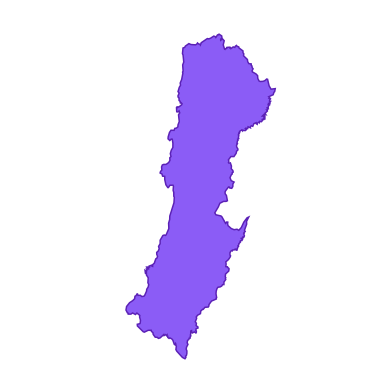 Miandrivazo, Menabe, Madagascar (Natural Earth projection), rotated 24°
{"feature_id": "10022922B2580716977723", "entity_name": "Miandrivazo", "entity_type": "district", "adm_level": 2, "iso_a3": "MDG", "parent_name": "Madagascar", "parent_adm1": "Menabe", "projection": "natural_earth1", "projection_center": [45.43, -19.207], "detail": "fine", "context": "isolated", "style": "filled", "palette": "violet", "viewbox_px": 384, "rotation_deg": 24, "n_neighbors": 0, "source": "geoboundaries", "source_scale": "gbopen_adm2", "svg_char_len": 6044}
<svg xmlns="http://www.w3.org/2000/svg" viewBox="0 0 384 384"><g transform="rotate(24 192 192)"><path d="M254.3,227.6L254.6,226.7L255.8,226.2L256.0,227.1L256.7,226.9L256.3,223.8L256.6,222.7L255.9,222.4L256.2,221.1L255.8,220.3L256.6,218.1L256.0,217.5L256.2,216.7L257.3,216.1L257.4,215.0L256.1,214.4L257.1,213.9L256.6,213.4L256.6,212.6L257.0,212.3L257.3,212.8L257.8,212.0L257.7,210.7L256.2,209.1L256.5,208.4L256.0,207.8L256.7,206.5L255.5,205.6L255.0,199.1L253.8,196.7L254.0,191.8L252.8,193.2L251.6,198.4L251.5,204.4L250.3,208.0L248.3,207.7L245.8,209.3L242.7,209.4L238.6,208.1L237.4,206.5L237.0,205.0L236.0,205.2L235.4,207.0L229.4,202.5L228.2,202.1L223.1,203.1L221.3,201.8L222.1,194.8L222.0,191.0L224.6,187.8L227.1,186.6L227.9,185.6L224.8,181.1L223.1,180.2L222.2,178.6L222.2,177.3L223.3,172.6L223.8,172.3L224.9,173.0L226.8,172.5L227.1,170.5L226.1,168.0L226.4,165.8L223.2,165.7L220.9,163.5L220.9,160.2L221.4,159.3L220.9,157.9L221.5,157.3L221.3,156.7L220.5,155.7L218.4,154.8L217.5,152.3L215.2,149.8L214.1,150.6L213.4,150.4L213.1,148.7L212.2,147.9L213.1,143.8L215.9,142.6L216.6,138.7L216.1,136.6L216.8,135.1L216.5,134.1L214.5,132.7L213.7,131.2L213.8,129.5L213.4,129.6L212.7,126.8L213.0,125.9L212.2,125.2L213.0,124.2L212.2,123.4L211.8,121.4L211.2,121.1L211.3,119.8L211.0,120.0L210.8,118.7L211.3,117.9L210.8,117.3L212.3,115.0L213.4,115.6L213.4,114.9L215.6,114.3L216.2,112.9L214.9,112.3L215.3,111.7L216.3,112.3L216.3,111.7L217.1,111.4L216.7,109.6L219.2,109.6L218.8,109.1L219.2,107.4L220.8,107.3L220.7,104.4L222.4,102.6L222.9,103.5L224.0,103.6L223.7,102.9L224.0,102.1L224.8,100.8L225.3,101.1L225.1,100.0L226.9,99.5L227.2,98.1L226.7,97.3L227.7,96.9L227.3,96.4L227.6,95.4L228.2,96.2L228.9,95.7L227.8,93.2L227.3,94.2L226.2,93.7L225.4,94.0L226.1,92.1L226.9,92.5L226.7,90.8L227.5,90.9L226.7,90.3L227.9,87.5L227.0,86.8L227.6,86.7L227.4,85.6L226.7,84.9L227.4,84.8L227.6,85.3L227.9,84.9L226.8,84.0L227.2,83.6L226.9,82.2L226.1,81.2L227.1,81.0L226.2,80.0L227.0,79.8L226.6,79.4L227.1,79.1L226.7,78.3L226.9,77.2L225.9,77.5L225.5,76.3L225.8,75.1L224.5,75.1L224.9,74.5L223.3,73.8L226.6,70.1L226.3,67.6L226.7,66.7L226.0,63.7L222.4,65.9L219.3,63.7L215.2,58.3L214.3,58.4L213.3,60.6L211.9,62.0L209.4,63.3L208.1,63.3L205.9,61.5L204.6,59.0L202.4,58.1L198.3,57.7L197.6,56.8L197.7,54.6L196.5,54.0L195.4,52.4L194.6,52.2L194.0,50.9L191.7,51.6L189.9,50.3L188.7,48.4L183.7,46.6L183.1,44.7L181.9,44.0L181.2,42.4L176.4,41.3L175.6,40.4L174.1,40.6L173.0,40.0L172.3,41.2L172.3,42.5L170.6,42.7L169.2,45.2L168.3,44.4L167.9,45.0L167.3,44.5L165.6,45.4L164.9,45.9L165.3,46.7L164.3,47.5L164.2,48.3L163.7,48.3L160.7,44.9L159.9,40.7L157.6,39.7L156.5,41.7L156.0,40.8L156.7,39.0L155.6,37.3L152.5,36.8L152.2,37.7L151.4,38.1L150.9,41.2L149.8,40.6L148.5,40.7L146.3,44.1L145.0,45.3L143.6,45.6L139.7,51.9L139.9,54.4L138.9,53.8L137.9,54.1L136.4,53.6L136.2,55.0L135.4,56.1L131.1,57.7L128.8,57.7L126.6,61.4L126.5,62.9L125.2,64.1L127.0,69.5L128.1,70.5L131.6,76.6L131.8,79.7L134.7,85.2L134.6,86.3L135.3,87.1L136.8,93.4L136.9,97.3L138.1,99.1L137.8,101.5L138.4,106.0L140.0,106.9L140.1,110.0L141.0,111.2L141.9,111.4L143.0,113.7L143.9,113.8L145.1,115.3L145.3,114.7L147.0,115.4L147.1,116.6L145.5,119.4L144.4,120.7L144.2,120.1L143.7,120.3L143.5,121.2L145.4,124.9L146.6,124.6L147.2,123.2L148.6,124.7L148.3,127.0L151.7,132.8L151.9,136.4L152.6,138.2L151.8,139.9L150.4,140.9L150.5,143.0L147.7,144.1L147.2,146.7L147.8,151.3L148.5,153.2L150.8,154.0L151.5,152.1L152.5,151.8L154.7,155.2L156.4,159.1L156.1,162.3L156.6,165.8L158.4,168.2L157.8,169.8L159.0,172.1L158.7,174.6L157.1,177.3L154.8,178.4L153.9,179.4L154.0,181.5L155.5,184.2L154.9,186.0L155.1,187.6L157.3,187.8L158.7,189.5L160.7,188.8L162.1,191.8L165.2,196.0L168.1,197.8L168.6,197.6L169.1,194.8L171.9,193.5L172.7,194.3L174.1,198.2L175.5,199.8L177.1,203.3L178.0,204.0L179.9,209.2L181.5,223.0L182.8,226.2L183.3,230.0L185.7,234.8L185.8,241.4L185.5,242.4L184.1,242.6L183.1,243.6L182.5,249.0L183.9,252.1L183.6,255.3L185.1,257.2L185.1,259.9L184.3,261.5L185.1,263.2L186.7,264.8L186.9,266.4L186.1,267.9L186.5,272.4L185.6,274.4L186.3,276.0L185.7,276.1L184.8,275.3L183.0,277.1L183.6,277.8L182.2,278.5L183.3,278.7L183.4,279.3L181.9,279.5L183.2,280.2L181.7,280.9L182.6,281.8L182.7,283.1L181.0,282.7L182.5,285.2L183.1,285.3L182.7,284.3L183.1,284.1L184.2,286.4L186.9,288.2L188.6,292.8L190.1,294.2L190.6,296.6L190.2,299.3L190.8,301.1L190.8,305.8L190.4,306.8L188.7,307.9L186.8,307.4L184.7,308.4L183.7,307.3L183.3,307.4L183.0,309.5L182.3,310.4L183.0,312.9L182.0,315.4L180.0,318.5L178.8,323.2L179.7,326.7L182.2,328.7L183.0,328.7L183.4,329.5L185.9,328.4L186.9,326.7L190.2,326.9L190.9,325.0L194.5,326.0L195.0,327.6L197.1,330.1L198.0,332.9L197.9,333.5L195.8,335.1L196.6,336.6L204.3,339.5L205.5,339.4L208.2,336.2L211.0,334.9L211.7,335.9L213.4,336.3L214.5,337.9L217.4,339.6L219.5,338.9L220.8,339.4L222.2,338.3L224.2,333.7L224.9,334.5L225.9,333.0L226.9,333.4L227.3,332.6L227.8,333.8L228.5,333.6L229.0,334.7L230.6,335.1L231.1,334.3L233.2,334.4L234.8,335.2L237.8,338.4L238.5,338.5L238.6,337.1L239.2,337.7L239.1,338.3L240.4,339.2L241.4,342.5L242.8,343.6L250.5,347.0L253.4,347.2L253.7,345.6L252.9,344.6L253.4,343.7L253.0,341.7L252.0,339.3L250.6,337.9L250.1,335.9L250.3,332.9L248.9,331.7L248.3,329.4L249.1,328.0L248.9,326.7L249.7,326.3L249.2,324.8L249.5,323.9L248.7,323.4L248.6,322.3L247.4,319.5L248.0,318.8L248.8,320.2L249.7,320.6L251.0,318.9L252.9,319.2L253.0,318.3L252.5,317.2L251.8,317.0L251.4,315.1L252.8,313.8L252.2,312.8L250.1,312.4L249.4,310.1L247.8,309.3L247.6,305.4L246.7,304.5L247.2,302.3L249.2,299.7L248.4,297.1L249.6,294.6L250.0,294.6L250.7,292.1L253.6,290.5L253.8,289.4L253.3,287.9L254.2,283.7L257.7,279.9L257.2,279.1L257.5,278.5L255.3,275.2L254.4,272.6L254.1,269.9L254.5,268.4L256.3,267.3L257.4,265.8L257.6,264.2L258.8,263.6L257.8,261.2L258.4,258.2L257.7,257.5L257.7,256.5L256.9,256.0L256.0,253.3L257.7,249.3L257.1,247.1L256.3,246.6L255.2,246.5L254.8,245.9L253.2,246.4L252.5,244.0L251.3,242.1L252.8,238.9L253.3,235.9L253.2,234.6L252.4,234.2L251.4,232.2L251.5,230.4L252.2,229.2L252.7,229.4L252.9,228.3L254.3,227.6Z" fill="#8b5cf6" stroke="#5b21b6" stroke-width="1.5"/></g></svg>